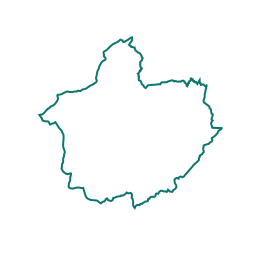 Kon Tum, Kon Tum, Vietnam, rotated 41°
{"feature_id": "81297802B636661033486", "entity_name": "Kon Tum", "entity_type": "district", "adm_level": 2, "iso_a3": "VNM", "parent_name": "Vietnam", "parent_adm1": "Kon Tum", "projection": "natural_earth1", "projection_center": [107.986, 14.341], "detail": "fine", "context": "isolated", "style": "outline", "palette": "teal", "viewbox_px": 256, "rotation_deg": 41, "n_neighbors": 0, "source": "geoboundaries", "source_scale": "gbopen_adm2", "svg_char_len": 5710}
<svg xmlns="http://www.w3.org/2000/svg" viewBox="0 0 256 256"><g transform="rotate(41 128 128)"><path d="M199.4,133.1L198.9,132.0L199.2,130.7L200.3,129.6L201.4,129.5L201.8,128.7L202.0,128.1L201.9,124.4L201.9,115.3L201.8,112.3L202.4,108.1L202.5,106.3L202.5,105.7L202.2,105.2L201.2,104.2L201.3,103.5L201.2,102.9L201.0,102.5L200.4,102.2L200.3,101.8L200.7,100.1L201.2,99.1L200.9,98.1L201.0,96.4L199.0,94.9L198.2,94.4L197.7,93.1L196.6,91.6L197.1,90.3L197.7,89.7L198.3,88.4L199.3,87.1L199.4,86.8L199.3,86.0L199.4,85.1L200.0,83.5L200.0,82.5L199.8,82.1L199.1,81.4L198.1,81.0L197.8,80.6L198.5,78.5L198.9,75.7L198.8,74.5L199.0,73.3L198.3,71.6L198.2,70.8L198.6,69.1L199.1,67.9L199.1,67.5L198.8,66.7L197.3,67.8L191.9,72.2L191.1,72.5L190.8,72.3L190.5,71.7L188.5,70.7L187.5,69.8L187.1,68.6L187.0,66.8L185.7,66.9L185.4,66.7L184.7,65.6L184.4,64.9L184.1,63.8L183.1,62.2L182.4,62.4L181.5,62.2L180.4,61.4L178.4,59.6L177.7,59.5L176.8,59.6L175.3,58.5L172.4,58.5L171.4,58.8L170.3,58.6L169.5,58.7L168.9,59.0L168.1,58.6L167.5,58.2L167.1,57.8L165.7,54.6L163.5,51.8L162.6,49.8L161.6,48.5L161.0,46.9L160.4,46.3L160.0,45.0L159.3,44.4L158.7,45.8L158.4,45.8L157.1,45.6L156.4,45.7L155.7,46.2L155.3,47.2L154.6,47.7L154.2,47.4L153.6,46.6L153.3,46.6L152.8,47.0L152.3,46.9L151.6,45.8L150.6,44.8L150.7,45.6L151.4,46.9L151.1,47.8L151.4,48.7L151.5,49.3L151.1,49.2L150.6,48.6L149.7,48.6L149.3,48.6L148.8,48.9L148.7,49.6L147.7,49.7L147.2,49.2L146.7,49.8L146.4,49.9L145.0,48.8L144.9,48.9L144.8,49.6L144.6,49.8L144.3,49.7L143.5,49.1L143.1,49.1L142.9,49.4L142.9,49.8L143.8,50.4L144.2,50.9L144.2,51.6L143.5,52.7L143.4,53.0L143.5,53.2L143.8,53.4L144.1,54.0L144.6,54.2L144.5,54.4L144.0,54.8L143.9,55.1L144.1,55.6L145.0,56.3L145.3,57.7L144.6,57.7L144.3,57.6L143.8,56.6L143.6,56.5L141.5,56.5L140.8,56.3L140.1,55.7L139.5,56.2L138.5,56.1L137.7,57.1L137.2,58.6L136.8,58.8L136.0,59.5L135.7,60.1L132.5,61.7L132.4,62.4L132.1,62.7L130.8,62.6L129.8,63.3L128.5,65.3L127.8,66.3L127.5,67.5L127.2,68.0L125.8,69.4L123.5,71.4L123.4,72.0L123.7,73.5L123.7,74.0L122.6,74.6L120.3,77.3L116.6,80.9L115.1,82.7L115.1,86.3L113.6,86.5L111.5,85.8L110.4,85.9L109.4,85.7L108.1,84.9L106.4,84.2L105.4,84.7L105.0,84.8L103.9,84.1L102.9,82.3L102.1,81.6L101.8,81.8L101.4,81.3L100.8,80.9L99.8,80.7L99.8,80.4L100.0,80.0L100.1,79.0L99.9,78.5L99.7,77.9L99.1,76.8L99.2,76.5L99.8,76.7L100.0,76.7L100.0,76.4L99.2,75.1L99.3,74.8L99.5,74.4L99.5,73.9L98.8,73.7L98.2,73.9L97.0,73.5L96.4,72.8L95.3,72.1L95.2,71.4L95.0,71.2L94.4,70.9L94.1,70.6L94.0,70.3L94.0,67.7L93.9,67.4L93.4,66.9L93.3,65.7L92.2,65.6L90.7,64.5L88.9,64.2L87.9,63.8L86.3,64.5L83.6,64.4L82.9,64.7L82.3,64.2L81.0,63.6L80.2,62.9L79.8,63.3L79.3,63.5L78.5,63.9L77.8,64.1L77.4,64.7L77.2,64.6L76.9,64.3L76.5,64.3L75.5,64.4L75.0,64.8L74.6,64.7L74.2,64.4L74.0,64.0L74.0,63.6L73.8,60.8L73.5,59.2L72.5,57.7L71.4,57.0L70.7,58.9L69.4,63.6L68.5,65.8L68.1,66.1L67.7,66.2L66.7,65.7L66.1,65.7L64.5,66.1L64.3,66.4L64.0,68.4L63.6,70.0L61.6,74.8L61.2,77.5L60.7,83.4L60.5,84.0L59.8,85.7L59.8,86.4L59.9,86.9L60.2,87.4L60.8,87.8L61.8,88.2L62.3,89.3L62.6,89.6L63.0,89.8L64.4,89.8L64.9,90.0L65.7,90.5L66.0,91.0L66.1,91.4L66.0,92.0L65.2,93.6L65.0,95.5L65.1,97.0L65.9,100.1L67.1,102.7L67.4,104.2L68.0,105.8L70.1,109.4L71.0,111.2L71.5,111.6L73.2,112.6L73.8,113.5L73.9,114.0L73.8,115.0L73.1,117.7L72.5,119.2L71.6,121.2L70.9,124.2L70.4,125.9L70.0,126.8L68.4,128.8L67.8,131.4L67.4,131.8L65.8,132.6L65.7,132.9L65.5,133.9L64.0,135.2L62.4,137.4L60.5,139.0L58.1,140.4L57.4,141.5L57.0,142.8L56.5,143.4L56.2,144.7L55.8,145.8L55.2,146.7L53.2,149.2L53.2,149.6L53.5,150.0L54.6,150.7L55.2,151.2L55.6,151.4L56.2,152.3L56.8,154.3L57.0,156.7L57.1,158.1L56.9,159.6L55.5,162.6L55.6,163.9L55.4,164.6L55.5,165.3L54.8,166.4L54.8,171.5L54.5,173.7L54.1,174.4L53.2,175.3L52.5,176.3L56.2,177.2L57.5,177.7L58.5,178.3L58.9,178.3L59.9,177.9L61.7,176.8L63.1,175.7L63.6,175.4L64.0,175.4L66.9,176.5L67.1,176.3L67.7,174.6L68.8,173.3L69.2,172.3L69.2,171.3L69.4,171.2L76.0,173.2L78.8,173.5L79.9,173.7L81.5,174.6L83.3,175.2L83.8,175.5L86.2,178.1L89.9,183.1L91.0,184.2L92.1,185.2L95.5,187.1L96.2,187.7L96.5,188.2L96.9,189.5L98.2,191.3L98.8,192.9L99.1,193.5L101.4,196.3L101.7,197.0L101.8,198.0L102.0,198.6L103.6,200.7L104.6,202.4L106.3,203.0L107.7,203.4L110.5,203.3L111.4,203.2L112.3,202.7L113.1,201.9L114.0,200.4L114.7,199.7L114.9,199.7L115.5,200.4L116.6,202.8L118.9,205.8L119.3,207.4L120.2,209.2L121.7,211.3L122.6,211.6L123.2,211.6L124.3,211.2L125.8,210.2L126.3,209.7L128.3,206.7L128.9,206.1L130.3,205.0L132.6,203.6L133.5,202.6L138.8,206.0L141.3,207.5L142.5,207.7L144.3,207.7L147.0,206.8L152.2,203.1L156.4,202.8L157.0,202.6L157.1,202.3L157.2,200.4L158.2,199.2L158.2,197.3L158.0,195.8L158.3,194.9L158.8,194.9L160.0,195.4L160.4,195.4L162.5,194.6L163.2,194.0L163.6,192.8L163.6,192.2L163.4,191.4L162.8,190.8L162.7,190.5L163.2,190.1L163.5,189.8L164.7,187.1L165.8,185.7L167.0,184.5L167.2,184.0L167.1,183.4L167.9,182.9L168.5,182.0L169.2,180.3L169.4,177.5L170.9,177.3L172.6,175.2L174.8,175.6L176.5,178.3L177.1,178.5L177.9,178.5L178.4,178.8L180.5,180.5L181.7,182.0L182.5,182.9L184.0,183.7L184.9,183.9L185.6,183.9L185.0,182.3L185.2,180.6L185.8,179.7L187.3,178.7L187.1,177.4L187.3,176.9L187.5,176.6L188.4,176.1L188.5,174.8L189.2,172.4L190.9,170.3L190.8,169.9L189.8,168.5L189.9,168.1L190.5,167.6L190.6,167.3L190.3,166.2L190.3,165.6L190.7,164.8L191.4,164.1L192.3,163.2L193.0,162.7L193.2,162.4L193.3,161.7L193.1,160.9L192.5,160.1L192.3,159.3L192.8,158.5L194.0,157.7L193.6,156.5L193.5,155.6L193.9,153.9L194.6,153.2L197.0,152.2L197.8,151.2L199.2,150.8L199.2,150.2L198.7,148.3L201.2,148.5L203.3,147.2L203.0,145.1L203.5,143.1L203.4,141.3L203.2,140.7L202.8,140.3L201.8,139.6L199.2,138.7L197.3,136.9L197.0,136.3L196.9,135.4L197.5,133.8L198.3,133.3L199.4,133.1Z" fill="none" stroke="#0f766e" stroke-width="2"/></g></svg>